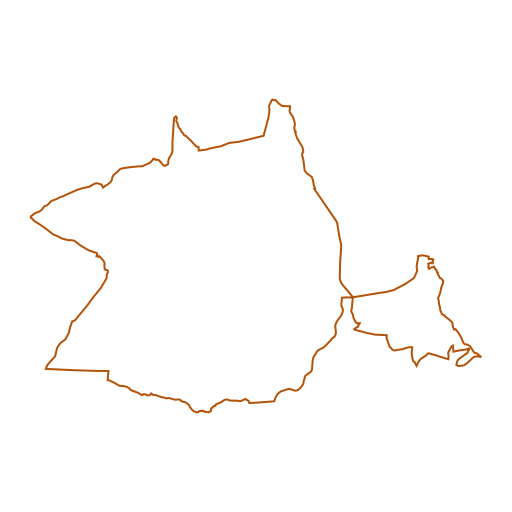 outline of Olcea, Bihor, Romania
{"feature_id": "2599482B34496276641764", "entity_name": "Olcea", "entity_type": "district", "adm_level": 2, "iso_a3": "ROU", "parent_name": "Romania", "parent_adm1": "Bihor", "projection": "mercator", "projection_center": [21.974, 46.668], "detail": "fine", "context": "isolated", "style": "outline", "palette": "amber", "viewbox_px": 512, "rotation_deg": 0, "n_neighbors": 0, "source": "geoboundaries", "source_scale": "gbopen_adm2", "svg_char_len": 6053}
<svg xmlns="http://www.w3.org/2000/svg" viewBox="0 0 512 512"><path d="M481.3,357.2L476.7,353.2L475.6,353.2L474.3,352.8L470.1,346.3L467.5,344.6L465.2,344.4L464.1,343.7L463.4,342.9L461.2,337.5L458.1,332.3L455.4,329.1L454.2,329.7L453.6,328.6L452.9,326.5L452.3,322.6L449.7,320.0L444.7,316.1L444.6,315.4L441.7,314.1L441.2,312.1L440.5,310.8L440.2,309.5L440.1,308.1L439.3,305.1L438.7,300.7L438.1,298.4L438.2,297.7L438.7,296.8L440.0,293.3L440.4,291.9L441.3,287.4L442.9,283.4L443.3,281.3L443.1,280.7L441.3,278.6L439.9,278.0L437.7,273.6L437.9,272.8L437.7,272.5L437.0,272.4L436.9,272.0L437.0,271.8L436.4,270.1L435.8,269.9L434.0,266.6L432.3,267.4L431.3,267.4L429.0,268.9L428.3,267.4L428.7,265.4L428.2,263.7L430.9,262.7L432.0,263.5L432.6,263.4L433.1,262.1L432.6,261.2L433.3,259.5L431.9,259.0L428.7,259.1L428.7,256.6L423.0,255.4L421.7,255.4L417.9,256.2L418.1,256.9L418.1,258.3L417.2,262.5L416.7,266.0L416.7,267.9L417.3,270.5L415.4,275.0L414.0,277.9L413.6,278.3L405.1,284.1L397.5,288.0L393.9,290.0L385.7,292.1L380.2,292.8L354.0,297.1L352.6,296.6L352.1,296.8L351.6,295.5L342.1,284.3L340.9,282.1L339.9,279.5L339.7,277.7L340.2,261.1L341.1,248.3L341.2,245.6L341.0,244.0L339.1,235.2L337.1,222.5L335.6,220.1L314.2,188.8L315.1,188.5L313.7,185.0L313.1,180.8L311.8,177.0L306.9,173.4L304.7,170.7L303.3,159.5L302.3,156.2L302.1,154.4L302.4,152.9L303.2,152.1L303.1,150.0L302.4,147.0L298.4,140.4L298.2,139.6L297.3,138.7L296.1,135.4L295.3,132.5L295.8,132.0L295.8,131.7L295.7,131.5L294.9,131.1L294.4,128.7L294.3,127.6L294.9,125.1L294.7,122.8L294.0,120.0L292.7,116.5L290.8,113.9L289.9,112.3L289.5,111.1L290.1,107.9L290.1,106.3L282.4,106.0L281.5,105.5L278.8,103.5L275.4,100.0L273.7,100.3L273.2,100.1L273.1,99.7L272.4,99.6L271.6,100.4L269.0,106.1L269.4,109.5L269.2,113.0L268.4,117.8L263.6,135.8L238.8,141.8L229.2,142.9L221.0,146.2L208.4,148.8L207.6,149.4L198.8,150.6L198.5,147.0L196.7,146.7L193.8,143.9L190.7,140.5L186.1,136.0L184.3,135.3L182.9,133.1L181.4,131.7L180.2,128.9L179.2,128.1L178.4,126.7L177.8,124.9L177.7,123.9L176.4,121.4L176.3,120.6L176.9,118.0L176.1,116.5L175.7,116.4L174.0,118.4L172.5,141.8L172.5,147.6L172.3,151.7L172.0,153.0L171.7,153.7L168.9,158.5L168.2,161.5L168.1,164.0L167.7,164.4L166.4,165.0L165.3,165.8L163.7,165.5L162.8,164.8L161.5,163.3L160.8,161.9L160.2,161.8L159.9,161.2L159.0,160.3L157.2,159.7L155.3,159.8L155.1,159.7L155.0,159.2L154.6,159.0L153.3,158.7L152.5,160.1L151.3,161.5L149.4,163.1L142.1,166.3L138.1,166.4L128.3,167.4L122.6,168.3L120.3,168.9L116.4,172.7L113.5,175.1L112.4,177.1L111.9,179.8L110.5,182.1L107.1,184.9L105.7,185.5L103.0,187.6L101.5,184.6L97.6,183.3L95.5,183.4L90.4,185.8L90.5,186.3L89.3,186.7L82.1,188.3L77.3,189.8L67.5,194.1L63.1,196.3L60.6,196.9L56.5,199.1L51.7,200.8L51.2,201.1L47.3,205.2L45.3,205.8L44.4,206.3L42.0,209.4L40.1,211.2L38.9,211.8L35.6,212.9L33.3,214.3L32.6,215.1L31.0,216.2L30.7,217.7L31.8,218.3L33.9,220.7L41.5,225.6L48.0,230.3L53.0,234.3L58.2,236.5L61.0,238.1L62.5,238.7L68.4,240.2L71.5,240.2L74.1,240.7L76.8,242.5L79.3,244.7L87.3,249.6L89.2,250.5L96.9,253.1L97.3,254.7L96.8,255.3L96.6,256.1L97.4,255.9L98.3,256.9L99.3,256.2L100.4,257.3L103.6,260.9L104.3,262.4L104.6,263.5L104.6,264.5L104.3,265.9L104.6,266.8L104.6,268.3L104.8,269.3L105.4,269.8L106.8,269.9L107.5,270.2L107.7,270.6L107.9,272.3L107.0,273.9L106.8,274.6L106.7,277.1L106.5,278.3L101.1,287.6L93.0,297.6L89.0,303.1L86.1,306.9L77.9,316.7L76.8,318.2L75.1,320.2L72.1,321.6L70.8,325.6L70.2,326.4L70.1,327.6L68.9,332.6L65.7,338.8L65.2,339.5L61.6,342.1L60.4,343.2L58.0,346.3L57.2,347.8L55.8,353.2L55.3,355.8L55.0,356.4L48.0,364.2L47.2,365.5L46.2,367.7L45.8,368.9L74.1,370.2L95.8,370.9L108.4,371.0L107.7,380.2L108.8,380.2L114.2,382.7L119.5,385.8L123.3,386.1L125.4,386.4L127.1,387.0L129.5,388.5L130.0,389.5L132.2,390.6L132.9,391.2L133.8,391.2L134.8,391.5L136.5,392.4L137.6,392.5L141.8,395.1L142.8,394.9L143.0,394.4L144.0,394.1L146.1,394.6L146.4,395.0L146.8,395.2L148.6,395.5L149.8,395.1L150.6,394.5L151.1,393.4L151.5,393.5L152.8,394.8L153.6,395.0L155.2,394.9L161.0,397.0L164.2,397.6L166.4,398.4L168.1,397.9L171.7,398.7L173.5,399.4L175.7,399.7L178.9,399.4L180.0,399.8L180.9,400.4L181.3,401.2L182.5,401.6L185.3,402.2L187.3,403.6L189.0,405.0L189.9,407.1L191.9,409.6L194.2,411.5L195.3,411.8L196.3,412.4L196.8,412.1L198.3,412.1L199.0,411.2L201.0,410.9L201.7,411.1L203.1,410.7L203.5,411.3L204.3,411.5L205.1,412.0L205.7,411.6L208.6,412.4L209.2,411.9L211.1,410.9L211.1,408.5L212.1,407.7L212.6,407.6L213.7,406.1L215.4,405.8L215.7,404.5L220.9,402.3L224.3,400.0L226.1,399.4L227.2,399.5L229.3,400.3L230.6,400.6L237.2,400.7L239.8,401.2L241.2,400.9L245.5,398.9L246.6,399.9L247.5,400.2L248.7,401.1L249.3,403.0L256.1,402.7L274.3,401.3L275.1,398.4L277.1,394.6L278.5,393.2L280.6,391.5L288.2,389.0L289.7,389.0L295.4,390.7L297.4,390.3L300.0,388.4L303.2,384.2L303.8,380.6L304.4,379.1L304.9,377.1L304.8,376.5L305.5,375.7L307.4,374.2L310.5,372.1L311.2,371.2L312.0,369.6L312.7,360.4L313.5,357.0L314.7,355.3L317.2,351.2L318.1,350.3L322.9,347.8L324.3,346.9L330.3,340.8L332.2,338.3L334.3,336.9L334.9,335.9L335.7,334.2L335.9,332.7L335.5,328.0L335.2,326.2L335.5,324.7L336.1,323.1L337.3,320.8L341.2,315.5L342.6,312.2L343.0,309.8L341.3,305.3L341.9,297.7L345.6,297.4L352.8,297.5L351.9,307.8L351.2,310.7L351.3,311.5L353.0,314.7L353.2,316.6L353.5,317.6L354.8,320.6L356.1,322.7L358.3,323.4L359.7,323.2L359.3,324.1L358.4,324.7L358.3,326.4L357.9,326.8L355.7,328.0L354.3,329.2L354.9,329.8L368.1,333.2L375.0,334.6L386.7,335.2L386.6,338.6L387.7,341.0L389.6,346.8L391.2,348.1L392.3,349.7L394.4,350.5L396.7,350.0L402.4,349.2L406.9,347.7L410.8,347.0L412.2,347.4L412.2,348.8L411.7,351.7L411.8,354.6L412.3,357.9L413.1,361.1L414.8,362.3L415.6,364.2L416.6,365.9L418.4,361.9L420.7,358.9L425.8,355.7L428.3,353.2L436.3,355.4L440.3,356.8L448.3,359.2L448.6,355.5L448.3,354.4L448.3,352.2L450.4,348.4L452.0,346.0L452.8,345.5L453.5,351.7L457.3,350.8L465.7,349.5L468.6,348.6L469.2,349.0L469.1,349.7L467.8,351.2L467.8,352.6L458.4,359.4L457.7,360.5L457.0,361.8L456.4,365.1L458.2,366.0L461.9,365.7L464.1,365.3L467.2,363.0L473.4,357.3L475.1,356.6L477.6,356.3L481.3,357.2Z" fill="none" stroke="#b45309" stroke-width="2"/></svg>